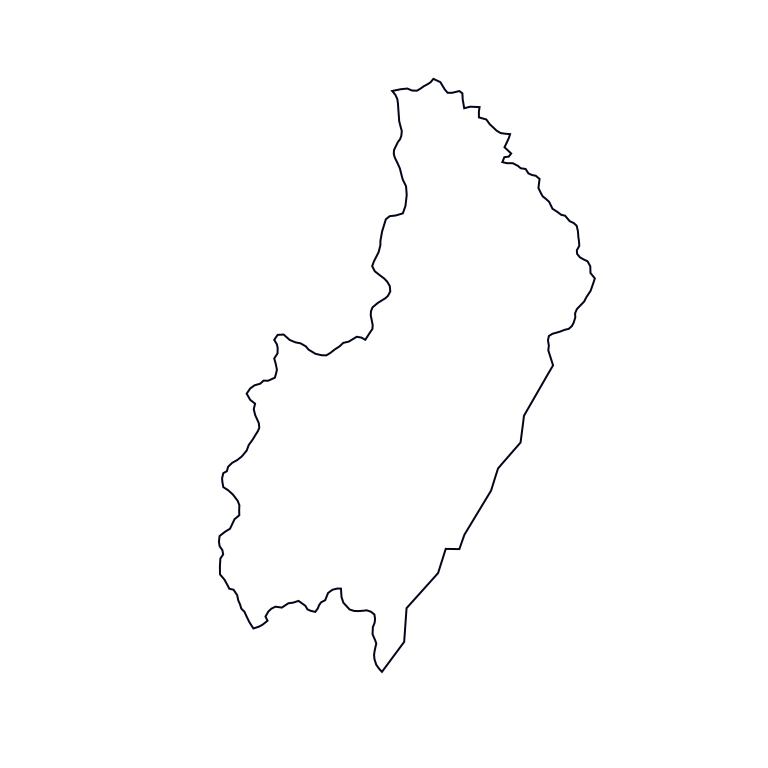 Beneditinos, Piauí, Brazil (Mercator projection), rotated 50°
{"feature_id": "56859067B90877383112552", "entity_name": "Beneditinos", "entity_type": "district", "adm_level": 2, "iso_a3": "BRA", "parent_name": "Brazil", "parent_adm1": "Piauí", "projection": "mercator", "projection_center": [-42.424, -5.514], "detail": "fine", "context": "isolated", "style": "outline", "palette": "ink", "viewbox_px": 768, "rotation_deg": 50, "n_neighbors": 0, "source": "geoboundaries", "source_scale": "gbopen_adm2", "svg_char_len": 3477}
<svg xmlns="http://www.w3.org/2000/svg" viewBox="0 0 768 768"><g transform="rotate(50 384 384)"><path d="M438.6,154.6L431.7,154.5L426.4,150.3L420.8,149.2L416.7,151.1L412.8,152.5L408.4,152.4L405.5,150.3L403.7,145.6L399.7,142.7L396.3,140.6L391.7,137.3L386.7,134.7L382.6,135.2L378.7,137.1L371.5,137.1L368.3,139.5L363.9,140.5L358.0,142.3L350.7,140.4L346.2,141.0L342.4,141.8L338.9,141.2L333.1,139.7L326.9,133.0L322.0,133.9L319.2,136.2L315.5,138.0L310.3,137.3L306.6,140.6L303.0,141.2L297.7,143.4L293.9,147.9L290.1,150.7L287.6,146.0L290.0,142.3L289.2,138.4L280.1,139.5L277.8,134.4L275.7,130.0L273.6,126.8L270.6,129.9L266.7,133.4L262.3,134.9L253.0,136.0L247.1,135.6L240.8,139.9L236.4,136.3L233.3,132.8L227.0,139.7L224.3,145.3L216.6,140.8L211.7,137.1L208.0,138.0L204.7,144.7L201.8,148.1L197.4,148.1L189.0,146.8L182.0,150.0L182.8,154.4L182.3,158.3L181.5,162.0L181.2,166.1L180.5,170.2L177.2,173.9L172.7,176.2L169.0,181.6L164.8,189.4L169.8,189.4L174.4,190.7L177.9,192.9L192.4,203.4L196.1,205.2L201.7,207.8L205.0,211.2L206.8,214.3L207.6,217.9L211.2,225.9L213.9,228.5L217.2,230.1L224.3,231.9L229.1,233.3L239.3,238.2L246.7,240.0L253.8,245.1L261.4,253.1L265.4,259.9L262.5,266.6L259.1,271.8L259.0,276.7L266.0,287.5L272.1,294.8L275.4,297.6L279.5,303.3L283.5,312.7L286.1,317.3L291.8,318.6L297.9,317.3L303.6,316.0L307.7,315.8L312.7,316.6L317.1,319.7L319.0,324.2L319.2,327.6L317.9,336.7L317.9,343.5L319.8,347.1L322.7,349.9L331.6,354.8L334.4,357.5L335.5,361.5L338.1,369.9L333.9,371.5L330.3,374.5L329.6,378.9L328.9,383.7L326.3,388.8L326.6,393.8L325.9,399.5L325.7,405.2L325.0,409.7L322.0,413.2L316.8,417.1L309.2,419.7L304.8,419.7L299.2,421.8L295.1,425.1L289.7,427.9L281.6,429.1L278.0,433.9L279.6,439.7L284.9,440.6L288.2,442.4L292.1,445.9L293.9,451.7L298.6,453.8L304.2,456.8L307.0,460.5L309.0,463.6L307.0,470.7L304.0,474.1L304.2,478.6L301.8,484.0L301.4,489.3L303.1,495.4L310.1,496.7L316.2,495.4L319.6,500.0L325.1,502.7L333.4,505.0L337.3,507.6L339.0,510.8L340.5,515.5L342.2,520.5L343.8,526.9L346.7,531.9L348.1,539.7L347.9,545.3L346.8,551.0L347.2,556.6L349.8,560.4L349.0,564.4L352.2,568.7L355.2,570.8L359.7,573.4L365.2,571.7L371.6,570.8L375.8,571.0L379.4,571.2L383.9,572.7L387.6,576.1L391.5,579.2L391.5,585.4L395.9,595.0L395.0,600.8L394.8,607.7L398.7,611.8L402.6,614.2L407.4,614.6L411.2,616.8L412.5,621.5L418.2,626.9L424.4,632.0L431.5,632.0L438.0,633.3L441.4,634.1L444.9,631.5L451.4,632.2L456.0,634.7L460.4,636.0L464.4,637.7L468.8,637.3L473.4,638.6L479.8,640.2L487.3,641.2L489.5,635.8L490.3,632.0L490.5,625.4L486.0,624.3L484.0,619.0L483.7,614.8L484.8,610.3L489.6,606.0L490.5,598.2L493.1,594.1L495.2,588.9L503.3,586.8L507.5,587.5L510.7,585.9L514.4,583.1L513.4,579.0L511.8,576.1L510.8,572.7L511.8,568.0L508.1,561.1L508.5,555.7L510.7,551.2L513.1,548.5L519.9,553.5L525.4,555.7L534.6,555.3L538.6,552.8L541.5,549.6L544.1,546.0L546.3,542.7L550.0,540.4L554.4,539.5L558.3,541.9L560.9,544.7L563.1,548.8L568.3,553.6L574.6,555.5L577.8,556.7L582.3,562.6L585.2,565.8L588.7,568.2L594.1,570.4L598.9,570.8L603.2,570.6L594.5,534.3L570.2,510.8L569.4,505.0L563.6,464.1L550.0,442.7L558.9,432.4L551.1,419.2L534.5,370.5L530.9,364.9L524.3,354.6L522.0,350.9L521.1,345.6L516.6,317.0L502.7,301.9L498.3,297.2L486.6,265.2L481.4,251.0L478.4,242.5L463.8,236.5L460.5,233.0L455.9,230.3L453.2,226.8L453.8,222.7L457.0,215.6L458.6,210.8L460.5,207.1L460.4,202.9L459.0,199.4L456.0,194.7L452.7,192.2L450.6,188.1L450.1,183.6L449.5,177.7L447.6,173.2L445.4,165.8L441.2,158.7L438.6,154.6Z" fill="none" stroke="#020617" stroke-width="2"/></g></svg>